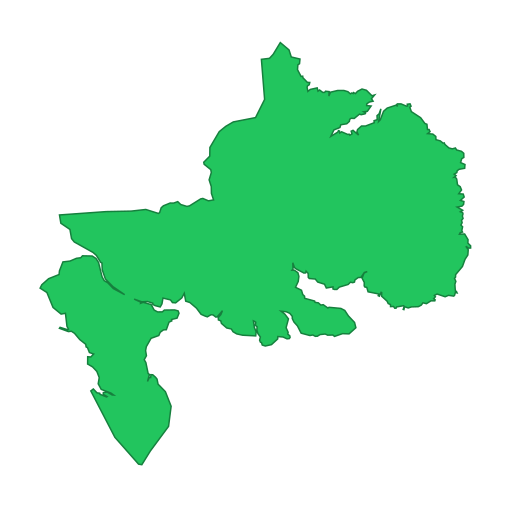 Tomil, Yap, Federated States of Micronesia (orthographic projection), rotated 273°
{"feature_id": "79324940B66206681775054", "entity_name": "Tomil", "entity_type": "district", "adm_level": 2, "iso_a3": "FSM", "parent_name": "Federated States of Micronesia", "parent_adm1": "Yap", "projection": "orthographic", "projection_center": [138.15, 9.542], "detail": "fine", "context": "isolated", "style": "filled", "palette": "green", "viewbox_px": 512, "rotation_deg": 273, "n_neighbors": 0, "source": "geoboundaries", "source_scale": "gbopen_adm2", "svg_char_len": 6110}
<svg xmlns="http://www.w3.org/2000/svg" viewBox="0 0 512 512"><g transform="rotate(273 256 256)"><path d="M286.7,57.6L278.5,59.4L272.8,68.8L263.7,70.9L260.5,73.8L251.0,93.1L248.2,96.6L241.6,101.2L241.0,102.5L234.1,103.2L225.2,106.8L217.9,114.8L210.5,126.9L216.0,115.2L221.4,109.5L223.5,105.6L227.3,103.3L241.3,99.1L245.2,96.3L247.4,92.4L247.1,82.7L245.1,81.1L244.3,76.8L241.2,70.5L240.0,63.5L230.9,60.5L227.2,60.3L222.5,50.1L216.1,43.6L212.6,42.1L208.6,49.1L194.0,56.0L187.8,64.4L188.8,68.7L175.9,70.9L173.1,72.6L172.5,71.9L174.5,64.1L173.5,63.5L170.7,72.6L171.2,75.6L169.3,78.8L163.3,84.4L158.9,90.6L156.3,91.1L155.7,92.5L150.9,94.7L149.6,99.0L146.5,96.3L146.6,93.2L139.3,93.5L136.7,98.6L132.4,103.1L126.4,105.8L120.1,105.1L114.7,108.4L111.6,118.2L109.7,121.2L109.7,119.6L112.3,114.5L111.6,110.7L109.9,110.7L107.8,114.7L107.4,114.1L109.7,107.5L110.8,107.1L111.0,104.4L114.7,100.5L112.6,98.1L67.5,124.6L42.0,149.6L41.6,152.9L55.6,160.6L81.3,177.6L101.5,179.1L115.8,172.6L122.9,164.9L127.9,163.6L129.7,162.0L132.0,159.1L132.0,157.3L129.1,157.2L129.1,155.8L125.0,154.2L132.1,155.8L133.1,154.4L143.8,151.6L146.6,149.8L150.7,151.8L155.7,150.7L159.7,151.2L168.3,155.5L171.5,163.1L174.8,164.3L177.4,167.5L177.7,170.3L185.4,172.6L186.8,175.3L188.2,175.0L189.8,180.4L194.8,182.1L197.1,181.1L197.9,177.6L197.2,167.3L195.3,165.4L195.0,160.7L196.7,157.1L202.0,153.9L203.8,145.7L202.7,143.2L203.8,143.4L206.6,136.5L204.3,144.4L204.9,150.0L203.5,155.4L202.2,155.6L201.2,157.7L200.1,163.0L203.3,164.6L209.1,165.3L207.7,172.9L205.1,175.0L205.0,178.2L210.3,184.1L215.0,186.3L207.2,188.2L206.1,192.4L200.8,199.3L194.9,204.2L193.3,208.4L192.7,210.6L195.0,214.1L194.9,216.2L192.9,219.1L193.2,220.4L199.7,225.4L195.5,223.9L192.6,221.5L190.2,221.8L189.4,224.2L186.9,225.0L182.6,230.5L181.8,235.2L179.2,237.0L177.2,240.8L176.2,246.7L176.2,259.9L180.4,260.1L184.5,258.1L191.1,256.8L190.6,258.1L189.9,259.2L186.7,259.0L185.4,260.8L182.3,260.7L178.5,262.0L175.4,264.6L172.1,264.0L170.2,264.9L169.8,266.0L167.4,266.9L166.6,270.0L168.3,276.1L174.3,282.0L176.7,282.0L176.5,287.3L174.9,291.3L175.3,293.6L176.5,294.3L178.1,293.9L179.7,291.8L181.5,292.1L186.0,289.8L194.9,291.7L199.4,287.9L202.2,283.9L201.9,289.1L200.5,292.8L197.6,295.4L195.4,295.5L192.0,297.4L188.4,301.0L181.3,305.1L179.4,314.0L180.1,316.9L178.9,319.4L179.1,321.5L180.9,324.1L181.7,329.2L180.7,331.7L181.1,336.9L179.8,338.6L183.0,346.5L183.1,353.0L189.6,359.5L194.8,357.9L201.0,351.4L206.3,347.5L208.1,343.5L208.6,331.6L207.8,330.5L210.9,325.7L210.4,323.3L212.5,320.7L212.8,317.4L214.1,316.9L216.3,306.8L218.4,306.6L220.0,304.7L224.2,303.2L226.8,297.1L232.8,299.5L237.9,299.9L241.5,298.7L243.8,295.1L243.7,292.7L244.9,293.6L251.2,293.1L246.5,295.0L245.4,296.4L241.5,304.7L241.7,306.4L243.5,306.8L241.3,309.0L237.4,309.3L236.3,310.4L236.1,316.4L233.2,319.0L231.4,325.9L227.7,327.9L229.2,334.5L227.1,334.6L226.7,336.1L226.8,338.5L229.3,340.8L232.4,349.5L234.8,351.7L234.4,354.0L235.1,355.7L237.2,356.0L239.8,359.1L240.1,361.9L245.2,365.0L246.3,367.9L244.6,364.8L239.4,363.1L235.3,365.5L231.9,365.6L230.8,366.2L230.4,368.3L226.1,369.8L224.5,380.6L222.8,380.1L222.3,381.3L226.3,382.8L226.1,383.4L222.4,383.6L217.7,389.3L215.4,390.5L214.6,392.8L212.5,393.0L212.8,396.0L211.1,397.3L211.2,398.6L212.5,399.1L214.1,406.0L213.5,406.6L210.4,405.8L210.2,406.5L213.1,407.0L212.1,410.7L213.3,413.9L213.9,420.8L215.6,423.6L218.0,425.2L217.3,428.7L220.4,433.1L220.6,436.9L221.6,437.2L222.7,435.7L224.7,437.3L226.0,436.2L227.5,438.8L225.2,447.0L226.8,450.3L226.3,455.5L227.0,456.3L230.0,457.0L229.7,458.7L231.1,458.0L231.1,457.1L233.8,456.6L238.3,456.1L241.1,456.9L244.1,455.4L245.4,456.4L247.8,456.3L256.3,462.7L263.6,464.9L268.1,467.5L273.4,467.6L276.7,465.0L275.0,468.0L275.2,469.9L277.4,469.8L280.0,466.9L283.4,466.9L288.9,463.2L288.4,458.0L290.0,458.7L290.7,461.0L292.2,460.2L296.0,460.8L297.6,459.0L300.0,460.1L302.5,459.4L304.3,460.8L306.7,460.0L308.9,460.5L310.2,460.0L310.9,457.8L312.5,460.0L315.4,454.3L316.6,459.1L318.4,460.6L321.3,460.8L322.2,457.2L325.8,460.8L328.7,459.7L328.8,455.2L332.7,457.8L335.9,456.3L337.7,453.5L343.4,452.4L345.3,450.8L345.1,449.9L346.7,451.6L348.1,449.6L349.8,452.2L351.6,452.4L353.2,454.3L354.5,459.8L358.3,459.9L360.0,455.4L364.0,456.4L365.3,458.4L369.4,458.1L371.3,455.7L372.4,450.8L374.3,449.5L373.3,446.4L374.0,443.0L377.3,438.8L378.8,438.1L378.5,436.9L380.6,434.0L381.6,429.6L384.8,429.3L387.0,426.2L387.2,421.0L389.3,423.3L391.4,422.2L391.3,420.6L396.5,419.8L397.2,417.7L402.7,413.2L408.3,403.6L412.6,401.8L413.7,403.0L416.0,401.9L415.5,399.1L413.7,399.4L413.5,398.4L415.5,392.9L415.3,389.2L414.6,388.5L412.9,389.7L413.9,387.8L410.6,379.3L407.2,375.8L398.5,373.0L396.7,371.4L409.5,373.0L404.4,371.5L402.5,369.5L398.5,369.9L397.3,366.8L395.3,367.1L391.5,358.5L391.3,354.5L387.6,350.8L385.4,350.3L382.1,352.1L386.6,346.3L385.6,344.5L383.0,345.5L381.5,343.4L382.5,342.7L382.2,341.2L384.5,335.0L383.2,333.2L385.2,332.8L385.5,331.8L384.0,331.2L379.4,324.5L386.0,327.2L388.7,333.1L391.5,333.8L392.8,339.7L395.3,342.2L397.4,342.4L398.5,343.8L398.5,346.9L403.1,351.9L402.6,353.6L403.7,357.5L404.6,358.0L405.7,356.0L406.3,359.6L411.8,363.1L412.0,358.6L413.8,358.7L415.7,361.2L416.7,364.8L419.1,363.1L423.0,366.0L422.1,363.4L427.3,357.6L428.3,353.1L425.8,348.8L423.4,346.8L424.3,344.8L423.3,344.5L423.8,343.1L422.9,341.7L424.9,339.2L425.9,335.1L425.6,329.0L423.5,321.8L419.5,320.4L424.0,320.4L424.2,316.8L423.0,316.0L422.8,314.2L425.1,310.8L423.9,309.3L427.1,308.3L425.2,301.5L423.1,299.2L427.0,298.2L428.6,298.5L429.8,300.2L432.1,300.6L432.1,298.2L436.5,293.5L438.0,293.2L437.7,291.6L444.2,287.7L449.1,287.8L450.3,289.4L455.0,289.6L456.6,280.8L463.5,278.2L470.4,269.1L458.3,262.6L454.1,259.1L452.7,251.1L412.8,256.4L394.2,248.3L388.7,226.3L383.9,219.0L378.3,212.8L362.0,204.3L353.3,204.6L346.9,198.9L344.9,199.4L339.9,206.3L337.0,207.0L329.6,205.2L323.0,207.7L316.2,208.2L309.8,210.7L308.6,205.6L310.7,199.9L310.1,197.7L302.6,187.0L301.9,184.4L303.5,178.1L306.2,175.0L304.5,170.9L304.4,167.5L301.3,160.9L299.2,158.8L294.3,157.5L293.4,156.3L296.7,143.5L294.3,129.0L292.5,104.1L286.7,57.6Z" fill="#22c55e" stroke="#15803d" stroke-width="1.5"/></g></svg>